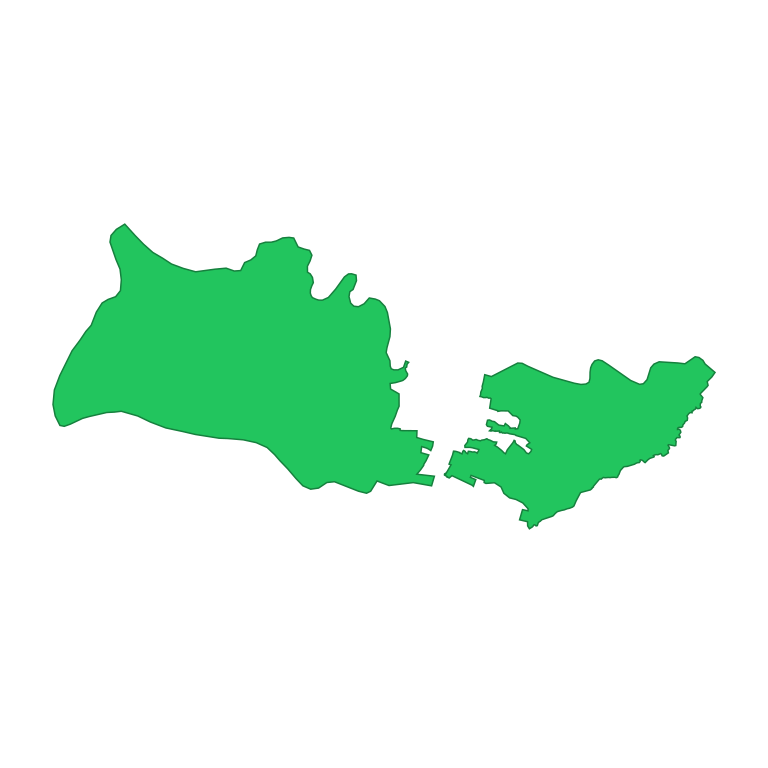 outline of Alamudun, Chuy, Kyrgyzstan, rotated 104°
{"feature_id": "92254566B67186126103124", "entity_name": "Alamudun", "entity_type": "district", "adm_level": 2, "iso_a3": "KGZ", "parent_name": "Kyrgyzstan", "parent_adm1": "Chuy", "projection": "equal_earth", "projection_center": [74.606, 42.781], "detail": "fine", "context": "isolated", "style": "filled", "palette": "green", "viewbox_px": 768, "rotation_deg": 104, "n_neighbors": 0, "source": "geoboundaries", "source_scale": "gbopen_adm2", "svg_char_len": 6100}
<svg xmlns="http://www.w3.org/2000/svg" viewBox="0 0 768 768"><g transform="rotate(104 384 384)"><path d="M471.3,313.2L461.3,312.8L463.6,330.3L458.3,327.7L453.4,325.8L452.1,325.9L448.5,324.7L442.0,323.4L441.7,331.6L435.6,332.3L435.9,327.2L436.3,325.2L437.3,322.5L432.5,321.8L428.2,322.2L428.3,332.3L428.0,339.3L421.4,340.7L424.9,355.3L425.1,357.1L423.6,357.5L423.7,360.2L424.5,363.3L425.8,365.9L425.1,366.8L420.7,366.8L412.6,365.3L405.9,364.7L401.9,364.0L390.0,367.0L387.3,376.4L382.0,378.2L379.9,373.2L376.6,367.5L375.9,366.5L373.5,364.6L370.4,363.3L368.6,363.5L365.9,366.1L363.8,367.1L363.0,367.0L362.1,366.1L359.3,366.4L357.0,365.3L356.5,368.5L363.1,369.1L366.9,373.8L367.9,377.8L367.5,380.7L365.1,382.3L360.0,383.9L353.0,389.5L348.1,389.9L336.6,389.7L329.0,391.1L313.8,398.0L308.6,401.8L304.3,408.6L303.7,413.0L304.1,419.1L311.0,422.7L315.2,427.5L315.8,432.1L313.6,435.9L307.7,439.1L302.7,439.5L299.8,436.9L290.4,435.7L285.1,437.5L284.9,442.1L285.8,445.1L289.7,448.3L303.7,453.9L313.5,458.9L317.6,464.1L318.4,467.7L318.2,470.7L317.5,474.4L315.9,476.1L313.6,477.5L310.1,478.2L306.1,477.8L302.8,477.1L297.9,479.2L295.0,482.2L294.0,485.3L288.3,486.8L282.4,485.5L276.5,485.1L272.4,488.6L272.4,494.1L271.8,500.5L264.2,506.9L264.7,511.6L266.8,517.7L271.3,523.2L273.7,527.7L275.1,533.3L278.3,538.6L284.6,539.4L290.7,539.4L295.9,543.3L299.9,548.6L308.6,550.5L310.6,556.6L309.8,565.2L313.5,575.8L320.7,593.9L320.4,606.7L319.0,619.2L315.5,629.2L312.3,640.1L306.5,651.2L300.1,661.5L291.6,674.2L298.7,681.1L305.9,684.8L312.6,684.2L328.0,674.2L336.4,667.9L346.4,664.1L357.2,662.3L364.2,665.5L368.7,672.2L373.6,677.1L383.8,680.5L397.9,682.3L405.1,686.0L415.1,689.6L427.2,694.7L454.2,700.6L469.5,702.4L484.0,700.2L494.5,695.3L502.6,688.4L502.4,684.0L498.8,678.6L490.3,668.2L486.9,662.2L478.7,646.1L476.4,638.6L474.0,632.3L474.6,615.2L477.4,601.6L479.4,585.1L478.8,567.8L478.6,554.8L476.5,531.0L474.7,522.4L472.2,507.1L471.8,493.8L473.9,482.0L479.0,473.0L483.7,466.3L489.6,456.9L496.9,446.7L502.4,438.1L503.8,429.7L500.8,422.3L493.4,415.6L490.8,408.4L494.2,382.8L494.2,374.5L491.3,371.0L479.8,367.3L481.3,354.6L472.6,331.8L471.3,313.2ZM489.3,207.9L486.7,205.4L484.3,204.3L484.2,203.6L484.9,202.1L484.3,201.0L481.5,200.8L480.2,200.1L479.4,199.2L477.5,198.0L471.4,188.5L470.8,187.9L468.1,186.5L465.9,184.9L463.7,181.1L462.5,178.6L460.8,176.2L459.6,173.8L457.8,171.3L456.4,170.2L450.9,169.3L442.0,167.1L441.4,166.4L436.8,158.1L435.1,156.9L434.8,157.1L433.3,155.9L432.7,156.1L424.3,152.0L424.0,151.6L423.7,150.1L422.5,149.4L421.6,148.5L421.5,146.8L420.4,143.7L420.1,141.8L419.7,141.1L418.7,137.7L418.7,136.1L418.5,135.6L417.6,134.8L416.0,134.7L415.0,134.2L410.8,133.7L406.8,131.6L406.1,130.9L405.1,128.0L401.2,121.5L399.7,120.0L398.9,118.6L398.5,117.3L397.2,116.7L396.0,117.2L395.5,116.7L395.5,115.3L396.0,113.9L397.0,112.3L397.1,111.6L393.7,109.6L391.8,108.0L389.5,104.4L389.1,104.3L388.2,105.3L387.4,104.2L386.7,102.9L386.4,101.1L384.6,98.8L384.9,98.0L386.4,96.7L386.3,95.4L385.9,94.8L382.0,91.4L379.8,92.5L377.6,91.4L376.6,91.7L374.7,93.6L374.3,93.5L374.0,93.2L373.7,87.1L373.1,86.0L368.9,86.7L368.0,87.7L367.0,87.7L365.1,86.7L364.5,84.0L363.9,83.8L363.0,84.2L362.1,85.4L361.8,85.4L359.1,84.3L357.8,84.9L356.6,86.1L356.6,87.2L357.1,88.2L356.2,88.4L355.3,88.1L354.7,87.3L354.2,85.1L353.6,84.4L352.8,83.9L351.4,84.1L349.0,82.9L347.5,82.8L345.9,81.0L344.1,81.1L342.8,81.5L341.8,82.3L339.0,81.1L337.8,80.2L337.3,78.1L336.0,78.6L335.4,77.7L334.4,77.2L332.9,75.7L331.2,75.6L332.1,74.0L331.7,72.7L331.2,71.8L330.4,71.1L329.6,71.0L328.7,71.9L326.6,72.3L326.1,72.2L325.0,71.3L323.2,71.6L320.1,71.3L317.6,74.6L317.0,74.8L308.6,69.9L306.9,69.2L303.5,71.0L297.9,67.6L292.7,65.6L286.9,77.3L283.9,80.3L282.1,84.8L282.3,88.7L291.6,96.9L292.5,103.9L295.9,122.4L299.4,126.9L303.8,129.1L316.1,129.8L321.0,132.4L322.5,135.9L320.9,145.5L311.3,170.5L308.7,177.9L308.7,182.0L310.7,185.2L314.7,186.9L318.3,187.4L322.7,186.9L328.8,185.5L332.7,185.5L335.2,188.1L336.8,192.8L337.2,199.5L336.6,221.6L332.0,248.6L330.5,254.9L331.3,259.3L350.8,281.6L350.6,288.5L358.1,288.1L362.6,288.2L364.4,287.5L368.5,288.1L371.3,287.7L372.9,287.9L372.8,286.3L373.1,284.0L372.4,281.5L372.0,281.0L372.4,279.0L371.9,277.5L372.4,276.5L381.9,275.6L382.4,267.2L383.0,266.9L381.7,263.9L380.1,257.0L383.5,251.4L383.2,248.1L383.8,246.2L385.9,243.2L389.0,242.8L395.0,243.4L395.9,245.7L394.9,246.0L396.4,250.7L396.1,250.6L395.0,252.6L394.6,253.0L393.0,256.7L395.6,257.3L396.1,262.7L393.8,267.7L394.0,270.5L393.6,271.4L393.4,273.2L394.1,274.8L398.7,274.8L400.0,273.4L399.8,268.7L401.4,268.8L403.9,270.3L403.8,268.9L403.4,268.8L403.4,268.2L403.0,268.2L403.0,264.6L402.6,264.4L402.6,263.4L401.7,260.6L403.1,260.2L402.9,259.2L402.2,258.5L402.9,257.4L402.5,255.7L402.5,254.8L401.7,252.7L401.9,249.8L401.5,245.1L401.7,243.8L402.0,243.6L402.5,233.3L405.8,228.3L408.3,230.5L409.7,230.9L411.7,224.9L413.9,225.1L416.7,226.7L416.5,229.1L413.8,232.4L410.9,239.3L410.6,240.6L408.9,242.7L407.6,242.9L407.2,244.1L409.7,244.7L417.9,248.4L422.3,249.2L421.8,250.9L420.0,253.8L417.7,258.8L416.8,261.8L414.9,260.6L413.1,260.6L413.7,263.9L412.9,267.4L412.7,270.0L412.3,270.6L412.3,271.1L413.8,273.1L414.8,275.6L415.8,276.7L415.9,279.7L415.5,280.6L415.7,281.6L416.4,282.7L417.0,284.5L416.2,286.0L416.3,287.0L416.1,287.2L416.3,288.7L417.7,289.1L420.2,288.9L424.1,290.7L425.9,290.1L424.7,285.1L424.5,283.0L424.6,276.1L425.8,276.1L428.6,276.9L428.1,277.9L428.0,280.1L428.6,281.3L428.6,284.0L428.9,285.9L431.4,286.0L430.8,288.0L429.8,288.9L429.2,290.6L430.2,291.2L432.9,291.4L432.5,293.9L432.2,294.0L432.0,297.8L432.1,299.2L432.5,299.3L432.4,300.3L436.4,300.3L446.0,301.5L446.2,299.4L454.6,301.8L454.8,301.9L454.8,302.1L455.9,302.5L455.9,302.2L456.3,302.3L456.2,302.5L456.7,302.7L456.5,303.4L456.8,303.5L457.0,302.9L457.8,303.1L458.6,300.3L459.0,300.4L459.4,298.0L456.5,295.9L460.9,274.0L461.7,272.5L454.6,271.8L453.7,277.6L451.6,277.4L453.3,263.4L455.4,263.0L455.8,261.0L453.1,252.9L455.6,245.5L461.1,241.2L464.1,234.6L464.1,228.0L465.8,220.6L470.2,214.0L472.2,213.6L472.4,219.2L483.0,219.6L482.9,211.4L486.9,210.3L489.3,207.9Z" fill="#22c55e" stroke="#15803d" stroke-width="1.5"/></g></svg>